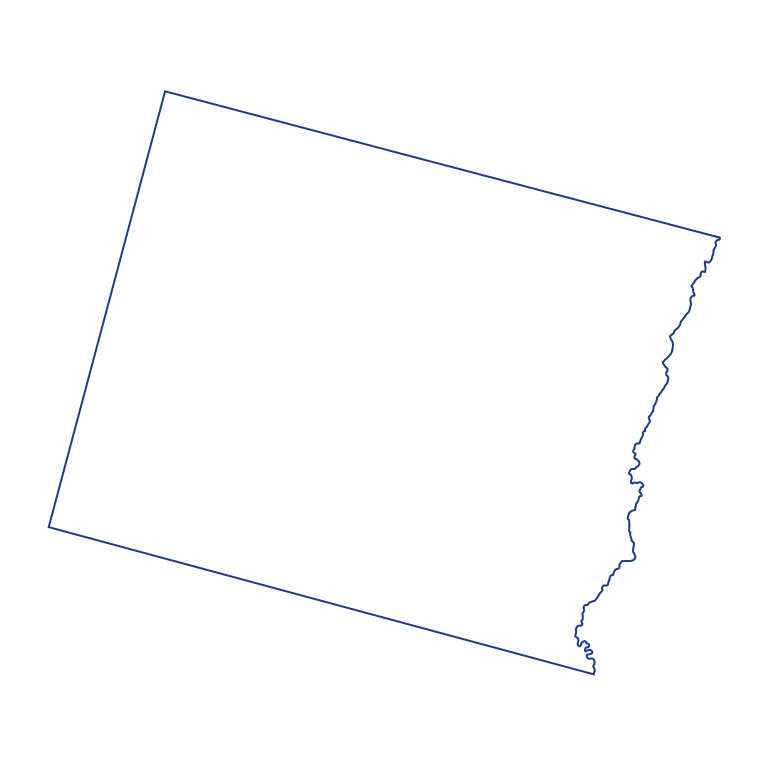 outline of Lihuel Calel, La Pampa, Argentina, rotated 284°
{"feature_id": "61730980B18005946349792", "entity_name": "Lihuel Calel", "entity_type": "district", "adm_level": 2, "iso_a3": "ARG", "parent_name": "Argentina", "parent_adm1": "La Pampa", "projection": "natural_earth1", "projection_center": [-65.125, -38.278], "detail": "fine", "context": "isolated", "style": "outline", "palette": "blue", "viewbox_px": 768, "rotation_deg": 284, "n_neighbors": 0, "source": "geoboundaries", "source_scale": "gbopen_adm2", "svg_char_len": 6165}
<svg xmlns="http://www.w3.org/2000/svg" viewBox="0 0 768 768"><g transform="rotate(284 384 384)"><path d="M611.3,368.5L615.0,100.8L164.0,93.3L153.0,657.7L153.8,657.5L156.9,657.9L158.1,657.3L159.9,655.9L160.7,655.4L161.7,655.4L163.1,655.9L165.4,655.5L167.4,654.3L168.0,652.7L167.4,650.5L167.0,649.3L167.4,647.8L168.3,646.9L169.4,646.4L170.7,646.8L171.9,649.6L172.8,650.8L174.0,651.2L175.0,650.4L175.8,648.6L175.7,647.1L174.8,646.0L174.0,644.9L173.5,644.5L173.6,643.9L173.9,643.5L174.8,643.2L175.7,643.3L176.7,643.6L177.4,644.2L177.9,645.2L178.0,645.8L178.8,646.3L179.9,646.4L181.0,645.8L181.4,644.5L181.3,643.7L181.4,643.1L182.1,642.7L182.8,642.2L183.1,641.4L183.0,640.7L182.6,640.1L181.8,639.2L180.8,638.4L179.6,638.2L178.1,638.1L176.9,637.5L176.8,636.5L177.5,635.5L178.7,634.7L180.0,634.6L181.0,634.7L182.2,634.8L183.5,634.2L184.2,633.4L184.6,632.8L184.8,631.9L185.2,630.9L185.8,630.5L186.6,630.4L189.0,630.6L190.4,630.3L190.9,629.9L191.9,629.6L193.5,629.5L195.5,630.1L196.7,631.6L197.1,633.3L197.8,634.3L198.6,634.6L199.5,634.5L200.4,633.8L201.1,633.0L202.2,632.9L203.1,633.6L204.8,633.6L207.4,632.8L208.5,632.3L209.3,632.2L210.6,632.5L211.9,632.9L213.1,632.9L215.0,631.9L215.7,631.6L217.0,631.9L218.3,632.9L218.6,634.1L218.9,634.8L219.4,635.3L220.3,635.6L221.1,635.9L221.8,636.4L222.4,637.3L222.9,638.2L223.5,638.7L223.8,639.2L224.4,640.5L225.2,641.3L227.8,642.4L229.9,643.2L231.6,643.5L233.1,644.1L234.4,644.9L236.6,645.8L237.1,645.8L237.7,645.2L238.6,644.9L239.5,645.0L241.1,645.4L241.5,645.6L241.7,646.0L241.8,646.9L242.1,647.8L242.2,648.6L242.8,649.5L243.5,649.8L244.5,649.8L245.6,649.6L246.8,649.9L249.1,650.0L250.8,649.9L252.4,650.2L253.6,651.0L253.8,651.8L254.3,652.5L256.7,652.6L258.3,652.9L259.8,653.4L260.7,654.4L260.9,655.0L261.4,655.9L262.2,656.7L262.8,656.7L263.9,656.7L264.2,656.6L265.0,656.2L265.7,656.2L268.0,657.1L269.4,657.3L269.7,657.9L270.1,659.4L270.7,661.0L271.2,663.3L271.5,664.8L272.3,666.7L273.4,668.5L274.7,669.5L275.8,669.8L277.5,669.6L278.4,669.0L279.4,668.2L279.9,667.9L281.2,666.5L281.8,666.1L283.0,666.0L285.2,665.5L287.6,665.5L288.9,665.3L289.6,665.0L290.1,665.0L290.4,664.8L290.7,664.4L291.0,664.0L291.2,663.4L291.4,663.0L291.8,662.6L292.1,662.1L292.5,661.9L292.8,661.9L293.4,661.6L294.0,661.3L295.7,660.0L296.4,659.8L297.2,659.3L299.7,658.9L299.9,658.5L299.9,658.3L300.5,657.5L301.5,657.2L305.6,656.4L309.6,655.3L310.7,654.9L311.5,654.4L312.0,653.3L313.0,652.8L317.6,653.0L318.7,653.3L318.9,653.5L319.5,653.9L319.8,654.3L320.1,654.6L320.7,655.0L321.1,655.5L321.9,656.7L322.2,657.6L322.6,658.1L323.8,658.1L324.6,657.6L325.2,657.6L326.6,657.9L327.4,657.8L328.3,657.6L329.4,657.8L330.6,658.4L331.7,658.7L332.5,658.9L335.5,658.9L336.2,658.9L336.9,659.3L337.5,660.6L337.9,661.0L338.5,661.0L339.4,660.5L339.7,660.1L340.7,658.9L341.6,657.8L342.7,657.7L343.4,658.0L344.1,658.2L345.4,658.2L346.1,658.6L346.3,658.7L346.7,659.6L347.1,660.0L347.4,660.3L347.8,660.4L348.1,660.3L348.8,659.7L349.8,658.6L350.1,658.1L350.4,657.4L350.6,656.6L350.6,655.8L350.2,655.0L349.4,654.2L349.0,653.4L349.1,651.9L349.0,650.9L348.3,649.7L347.6,649.2L347.6,648.9L347.7,648.0L348.0,647.6L348.3,647.4L349.6,647.1L351.5,647.3L352.4,647.2L353.5,646.9L354.4,646.5L355.0,646.1L355.5,645.7L355.9,645.0L355.8,644.3L356.3,643.5L357.2,643.2L360.2,643.9L361.4,644.8L362.1,647.6L363.0,648.4L363.9,648.6L364.5,649.1L365.3,649.9L366.0,650.5L367.6,651.1L368.6,651.2L370.3,650.3L372.0,647.8L372.2,646.8L372.2,645.6L372.6,645.1L373.3,644.6L374.8,644.6L376.0,645.0L376.7,645.1L377.2,644.8L377.6,643.8L377.9,642.7L378.8,642.1L380.0,642.0L381.9,642.6L382.9,642.6L384.3,642.4L385.6,642.4L386.6,642.9L387.3,643.8L387.8,644.9L388.1,645.8L388.3,646.3L390.4,646.4L393.3,646.8L396.1,647.6L398.2,647.4L398.9,647.1L399.7,647.1L400.6,647.4L401.2,648.0L401.6,648.7L403.5,648.1L404.2,648.2L405.4,649.1L406.7,649.6L408.6,650.0L410.7,650.9L411.8,651.0L413.1,650.5L414.3,649.7L415.6,649.0L416.3,649.0L418.6,650.3L421.2,650.8L422.2,651.5L423.4,651.7L424.3,651.4L425.5,651.3L426.4,651.3L427.7,651.0L429.7,651.9L432.0,652.3L434.1,652.5L435.6,652.5L437.0,652.2L437.7,652.5L438.5,653.1L441.0,653.7L441.9,654.3L442.9,654.8L444.8,655.4L448.3,656.9L450.0,657.0L450.6,657.3L451.3,657.5L451.7,657.9L452.5,658.3L453.1,658.5L454.0,658.6L455.3,658.7L456.2,658.6L457.7,658.6L458.4,658.5L459.0,658.2L459.8,657.7L460.2,657.3L460.8,655.9L461.3,655.6L462.3,655.3L463.1,655.2L464.1,655.4L464.5,655.7L465.2,655.8L465.8,655.8L467.0,655.4L467.8,654.8L468.1,653.9L468.7,652.9L469.3,652.4L470.2,651.3L470.7,650.5L471.4,650.0L471.7,649.7L472.6,649.3L473.9,650.1L475.7,650.9L477.0,651.9L478.2,652.8L481.1,654.4L483.1,655.1L485.3,655.6L485.9,655.4L487.2,655.6L488.0,655.4L488.6,655.3L489.3,655.3L491.1,655.1L492.1,654.9L492.9,654.6L494.6,653.8L494.9,653.4L495.6,653.0L496.9,651.5L498.2,650.7L499.4,650.0L500.5,650.3L501.3,651.0L502.1,652.0L503.2,652.6L505.1,652.7L506.5,653.3L508.1,654.4L509.3,655.5L511.9,656.6L512.7,656.8L513.6,657.0L515.4,656.9L516.6,657.1L518.4,658.0L520.2,658.8L521.1,659.1L522.1,659.6L525.4,660.8L526.9,662.0L527.7,662.3L529.0,662.6L529.4,662.6L529.8,662.7L531.1,662.6L531.7,662.5L533.3,662.5L534.0,662.6L535.5,662.7L536.1,662.5L537.2,661.9L537.5,661.9L540.0,660.7L540.9,660.7L542.4,661.0L543.1,661.4L544.2,662.3L544.6,663.4L545.3,663.8L546.1,663.6L547.0,662.6L547.9,661.9L549.0,661.4L550.0,661.2L551.2,660.7L552.3,660.0L552.9,658.9L553.5,658.6L557.3,660.3L559.2,660.7L560.4,661.2L560.9,661.6L562.1,662.3L562.4,662.4L563.6,663.7L564.9,664.9L565.4,665.0L566.6,664.9L567.4,664.4L568.4,664.6L569.3,664.9L570.0,665.4L570.3,665.9L570.4,666.6L570.1,667.4L570.1,668.0L570.3,668.3L571.1,668.4L573.6,668.1L575.0,667.7L575.6,667.6L576.2,667.0L577.4,666.7L578.9,666.1L579.8,665.8L580.4,665.8L580.7,666.2L580.7,666.8L580.2,667.9L580.3,669.1L580.6,670.0L581.3,670.5L583.7,671.5L585.7,671.8L586.9,671.8L587.6,671.6L588.2,671.8L588.8,672.1L590.9,671.9L593.8,671.4L597.4,672.5L599.2,672.6L600.0,672.2L600.8,671.6L601.9,671.5L602.9,671.7L603.8,672.3L604.2,672.7L604.6,673.3L604.8,674.0L605.1,674.4L605.6,674.7L606.8,674.7L607.2,674.4L607.4,674.2L607.5,673.8L607.5,673.5L607.3,673.0L607.1,672.5L607.0,672.1L607.0,671.7L607.1,671.3L607.3,671.3L611.3,368.5Z" fill="none" stroke="#1e3a8a" stroke-width="2"/></g></svg>